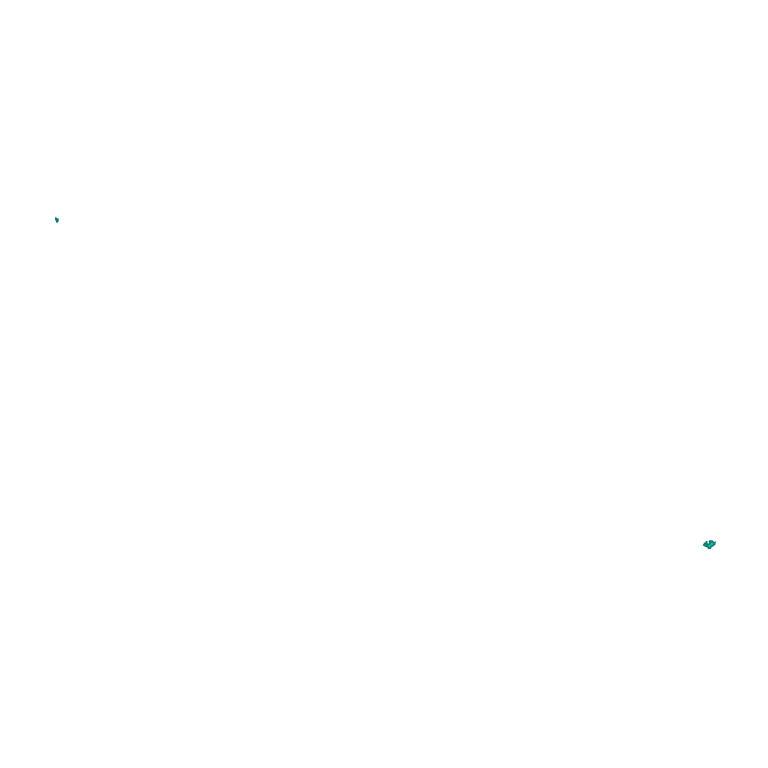 outline of Vitória, Brazil, rotated 205°
{"feature_id": "56859067B27737346695326", "entity_name": "Vitória", "entity_type": "district", "adm_level": 2, "iso_a3": "BRA", "parent_name": "Brazil", "parent_adm1": "", "projection": "natural_earth1", "projection_center": [-37.558, -20.378], "detail": "fine", "context": "isolated", "style": "filled", "palette": "teal", "viewbox_px": 768, "rotation_deg": 205, "n_neighbors": 0, "source": "geoboundaries", "source_scale": "gbopen_adm2", "svg_char_len": 1810}
<svg xmlns="http://www.w3.org/2000/svg" viewBox="0 0 768 768"><g transform="rotate(205 384 384)"><path d="M17.1,380.1L17.3,379.9L17.7,379.9L18.0,379.8L18.4,379.8L18.7,379.8L19.0,379.7L19.3,379.7L19.5,379.9L19.8,379.8L19.9,380.0L20.0,380.2L20.3,380.0L20.5,379.8L20.7,379.7L21.0,379.7L21.2,379.9L21.4,379.9L21.6,379.7L21.8,379.8L22.1,379.7L22.3,379.5L22.2,379.1L22.1,378.8L22.3,378.7L22.1,378.5L21.8,378.5L21.6,378.6L21.4,378.4L21.4,378.1L21.4,377.7L21.5,377.5L21.6,377.2L21.4,377.1L21.4,376.8L21.5,376.5L21.6,376.3L21.8,376.0L22.0,375.9L22.4,375.6L22.6,375.4L22.8,375.3L23.1,375.2L23.4,375.2L23.8,375.3L23.8,375.6L23.9,375.8L24.1,376.1L24.2,376.5L24.3,376.7L24.6,377.0L24.9,377.4L25.2,377.2L25.1,376.7L25.1,375.9L25.3,375.5L25.4,375.1L25.5,375.0L25.8,374.5L26.0,374.6L25.9,374.3L25.8,374.1L26.0,373.8L26.2,373.5L26.3,373.2L26.0,373.1L23.2,373.0L22.9,373.1L23.0,373.3L23.3,373.4L23.1,373.7L23.2,374.0L23.0,373.9L22.8,373.7L22.7,373.4L22.5,373.2L22.2,373.1L21.9,373.1L21.6,373.1L21.3,373.1L20.9,372.9L20.8,372.5L20.6,372.3L20.4,372.3L20.2,372.3L20.0,372.5L20.0,372.8L19.9,372.9L19.7,372.9L19.5,373.0L19.3,373.0L19.0,373.0L18.8,373.2L18.9,373.5L18.9,373.9L18.9,374.3L18.8,374.7L18.6,375.0L18.5,375.3L18.3,375.6L18.0,376.0L17.9,376.1L17.6,376.5L17.4,376.7L17.3,377.0L17.1,377.4L17.0,377.6L16.8,377.9L16.7,378.3L16.6,378.6L16.7,379.2L16.9,379.5L17.1,379.7L17.1,380.1ZM751.4,395.2L751.1,394.8L750.9,394.5L750.8,394.2L750.6,394.2L750.3,394.1L750.1,393.9L749.9,393.6L749.7,393.4L749.3,393.1L749.1,392.8L748.9,392.6L748.7,392.8L748.6,393.0L748.5,393.3L748.5,393.6L748.5,393.9L748.5,394.3L748.6,394.6L748.8,394.8L749.1,395.0L749.3,395.3L749.3,395.5L749.5,395.4L749.8,395.5L750.0,395.4L750.5,395.2L750.8,395.3L751.0,395.6L751.3,395.7L751.2,395.4L751.4,395.2Z" fill="#14b8a6" stroke="#0f766e" stroke-width="1.5"/></g></svg>